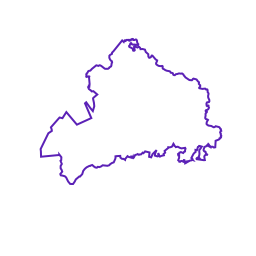 the district of Landa de Matamoros, Querétaro, Mexico, rotated 232°
{"feature_id": "50627088B98112130077485", "entity_name": "Landa de Matamoros", "entity_type": "district", "adm_level": 2, "iso_a3": "MEX", "parent_name": "Mexico", "parent_adm1": "Querétaro", "projection": "albers", "projection_center": [-99.184, 21.282], "detail": "fine", "context": "isolated", "style": "outline", "palette": "violet", "viewbox_px": 256, "rotation_deg": 232, "n_neighbors": 0, "source": "geoboundaries", "source_scale": "gbopen_adm2", "svg_char_len": 5871}
<svg xmlns="http://www.w3.org/2000/svg" viewBox="0 0 256 256"><g transform="rotate(232 128 128)"><path d="M138.1,203.3L139.6,201.8L140.2,200.1L140.9,198.9L140.8,197.4L141.5,196.7L142.0,196.5L143.7,197.0L144.2,196.7L145.3,195.7L146.2,195.9L147.0,195.8L149.3,193.8L150.7,193.0L151.9,192.7L152.8,192.1L153.8,192.1L155.1,193.2L155.6,193.3L155.9,193.1L156.5,192.0L157.8,190.6L159.2,189.9L160.8,189.5L161.8,190.0L162.7,191.8L163.3,192.6L165.0,192.0L169.9,191.8L170.4,191.5L170.5,191.2L169.9,190.1L169.8,189.4L170.0,188.3L170.4,187.9L171.7,188.0L173.7,189.4L177.0,188.8L179.3,189.6L181.3,188.1L182.4,186.4L183.8,186.9L185.5,186.6L185.7,186.3L185.5,185.4L185.5,185.1L187.4,183.9L188.0,183.5L188.3,182.9L188.2,182.6L186.4,181.9L185.1,181.1L185.1,180.4L185.5,179.9L185.9,179.7L187.2,180.4L187.8,180.4L189.1,180.0L190.9,179.0L191.6,179.1L192.0,179.4L192.1,180.3L193.0,181.7L193.2,182.3L193.1,182.6L192.8,182.8L191.6,182.6L191.1,182.9L190.5,183.4L189.8,184.5L188.0,186.1L187.5,186.7L187.4,187.2L187.7,187.7L188.8,187.6L190.1,188.1L191.5,188.9L192.5,189.0L193.1,188.4L193.3,187.3L194.1,186.3L195.0,186.1L195.3,186.5L195.4,186.4L195.8,185.5L195.5,184.5L195.9,184.5L196.0,184.3L195.7,183.9L195.7,183.6L196.6,183.1L196.3,182.6L196.8,182.4L197.1,182.6L197.5,182.0L198.1,181.5L198.4,180.7L198.2,180.3L198.6,180.1L199.0,179.5L198.4,179.1L198.7,178.7L198.7,178.1L198.4,177.6L200.6,177.3L197.4,163.6L197.3,162.4L197.1,161.7L196.3,161.0L196.6,159.0L196.4,157.8L194.8,156.5L193.3,156.1L191.6,156.0L190.6,156.4L189.7,156.0L189.3,155.7L189.2,155.1L187.5,153.4L187.0,152.6L187.2,150.5L186.9,150.1L187.0,148.6L188.6,146.6L189.1,146.2L193.2,145.2L194.4,144.7L195.0,144.1L195.1,143.0L196.9,141.6L196.8,135.9L196.4,133.7L197.1,132.3L197.2,131.5L196.5,130.1L196.4,129.1L195.9,128.5L196.0,128.2L195.4,127.7L194.3,127.5L194.1,126.7L193.9,126.7L193.7,127.4L193.2,127.8L192.8,129.0L192.4,129.2L191.8,128.4L186.1,124.7L185.7,123.9L185.4,123.8L185.5,123.5L185.0,123.4L185.0,122.9L184.9,122.9L184.7,123.1L184.2,122.8L184.6,121.7L182.8,121.2L180.2,121.9L179.2,121.9L178.3,123.4L173.3,124.4L173.1,119.2L172.6,118.5L168.7,116.6L165.9,114.8L163.0,110.7L166.6,110.6L174.0,110.9L173.9,109.3L158.4,105.2L162.1,89.8L178.5,89.2L176.1,82.4L178.4,80.5L176.0,67.7L173.9,67.0L172.6,66.2L172.9,62.0L165.2,46.2L163.1,44.9L158.9,41.8L149.0,57.3L149.3,57.5L146.0,57.5L143.8,55.6L143.7,54.6L140.4,53.7L139.6,51.6L138.5,50.7L137.5,50.0L136.2,50.0L134.1,49.3L133.4,46.3L132.1,45.9L130.9,47.0L128.9,48.5L127.1,48.8L122.7,47.9L119.5,48.0L117.7,50.2L118.6,53.1L119.6,55.2L119.8,59.8L119.3,60.2L119.8,63.5L121.8,66.4L122.4,68.9L122.5,71.2L121.9,74.2L121.4,74.9L121.5,75.2L120.9,77.0L119.6,77.3L118.8,77.3L118.2,77.7L117.1,77.9L115.9,79.0L116.0,80.3L114.8,81.4L114.3,83.0L114.2,85.1L110.9,88.5L110.2,90.3L110.5,91.9L110.4,92.5L110.3,93.8L109.7,95.6L111.6,99.1L112.4,100.0L113.4,100.7L113.0,101.5L110.8,104.7L109.4,103.8L108.9,103.9L107.6,104.2L107.1,104.6L106.4,105.5L104.7,106.1L105.3,106.7L106.1,110.3L105.0,110.6L103.1,112.0L103.6,113.0L103.1,113.3L102.0,113.0L101.9,113.5L102.1,113.9L101.6,113.6L101.1,113.6L101.1,114.3L102.3,117.0L101.6,118.9L101.5,119.6L100.5,119.8L100.1,120.2L100.1,120.7L99.2,122.0L99.5,124.4L98.7,124.6L98.8,126.6L99.0,127.1L95.5,129.9L92.3,126.9L90.6,128.2L92.3,131.3L93.0,136.9L91.2,133.6L89.7,132.2L87.5,133.7L87.3,134.3L87.7,135.3L88.9,135.7L88.8,136.2L88.2,136.1L86.3,135.3L85.8,135.5L85.5,137.1L84.4,139.5L85.6,140.0L85.7,142.1L87.4,142.7L87.5,147.3L88.1,147.9L87.0,149.0L86.3,150.8L86.3,151.4L87.6,154.1L86.4,154.0L85.3,153.6L84.1,154.0L83.5,153.9L82.6,155.7L80.5,156.6L79.0,157.6L77.2,160.8L76.3,160.6L75.4,159.3L74.5,158.6L74.4,158.2L74.7,157.6L74.3,156.1L76.4,154.9L76.7,154.4L76.7,154.0L76.9,153.4L76.5,153.0L76.7,152.1L76.7,151.4L75.5,150.8L75.0,151.5L73.0,149.9L71.7,147.7L70.3,147.9L69.8,147.7L69.2,148.5L69.4,149.2L68.9,150.2L67.2,150.9L66.9,151.3L67.4,151.1L68.3,152.3L68.0,152.6L67.5,152.2L66.9,152.2L66.6,151.8L65.6,153.6L65.5,153.2L65.8,152.7L65.1,151.9L65.5,151.6L65.0,151.3L64.1,157.0L63.5,157.9L63.4,159.0L62.8,159.4L63.8,159.4L64.2,159.8L65.4,159.5L67.2,163.5L67.5,164.8L67.5,166.5L69.2,167.7L68.1,168.7L70.0,171.4L69.7,172.4L70.1,173.0L69.8,173.4L67.9,174.7L67.8,174.1L67.2,172.7L66.7,170.6L65.5,169.6L64.0,168.7L62.8,167.6L62.3,166.8L61.9,166.4L61.7,165.5L61.1,165.6L61.5,165.1L61.9,164.0L61.8,163.3L61.6,162.8L61.7,162.3L61.5,162.6L55.9,168.0L55.4,168.8L58.4,170.4L59.0,171.4L59.1,172.6L58.2,173.8L58.4,174.1L59.5,173.7L60.1,173.8L61.3,174.4L62.0,174.3L62.2,173.9L63.2,173.7L64.0,173.9L64.6,174.5L65.9,176.5L65.8,177.4L65.5,178.0L65.7,179.5L65.3,179.6L66.0,181.4L65.2,181.5L65.0,181.0L64.4,180.4L63.6,180.6L63.6,181.0L63.0,181.0L63.0,181.5L62.0,181.5L62.2,181.8L61.8,182.3L61.1,183.2L59.7,183.7L59.1,184.9L64.0,189.2L63.0,192.4L63.1,193.5L63.4,193.7L63.2,194.1L63.4,194.3L63.2,194.8L63.4,195.6L64.4,196.0L64.4,196.7L66.3,197.3L66.5,197.7L67.7,197.8L68.5,198.9L68.3,199.7L69.2,200.1L70.2,200.5L70.8,200.2L71.8,200.5L72.7,200.3L75.4,198.2L75.4,196.8L75.9,195.9L78.3,194.9L80.5,192.8L81.5,192.6L82.2,192.3L82.9,192.4L84.1,193.6L84.8,195.1L85.1,196.0L85.6,195.9L87.1,194.9L88.1,194.9L88.7,195.3L90.0,196.8L91.4,197.8L91.7,198.3L91.9,199.6L92.1,200.1L92.6,200.3L93.3,199.6L93.7,199.7L94.0,200.6L93.6,201.3L93.4,202.7L94.1,204.3L95.3,204.6L95.9,205.1L96.1,205.2L96.4,205.0L96.6,203.8L97.1,203.7L98.8,204.7L99.5,205.8L99.5,206.3L99.0,206.9L98.6,207.8L99.0,208.6L100.2,209.4L102.5,209.9L103.3,210.4L104.0,210.9L105.3,212.5L105.9,212.8L107.1,212.8L108.8,214.0L109.5,214.2L109.9,214.0L110.1,213.4L110.5,213.1L111.4,213.1L112.1,212.2L113.0,210.7L114.8,209.2L115.5,208.7L116.0,209.0L116.1,210.0L116.4,210.6L117.2,211.2L118.6,211.0L119.2,211.0L120.3,212.1L121.9,211.8L123.9,211.9L124.5,211.6L126.6,210.0L126.7,209.3L126.3,208.3L126.3,207.7L128.0,205.9L132.6,204.4L133.7,204.5L135.0,204.3L136.0,204.6L137.4,204.3L137.8,204.1L138.1,203.3Z" fill="none" stroke="#5b21b6" stroke-width="2"/></g></svg>